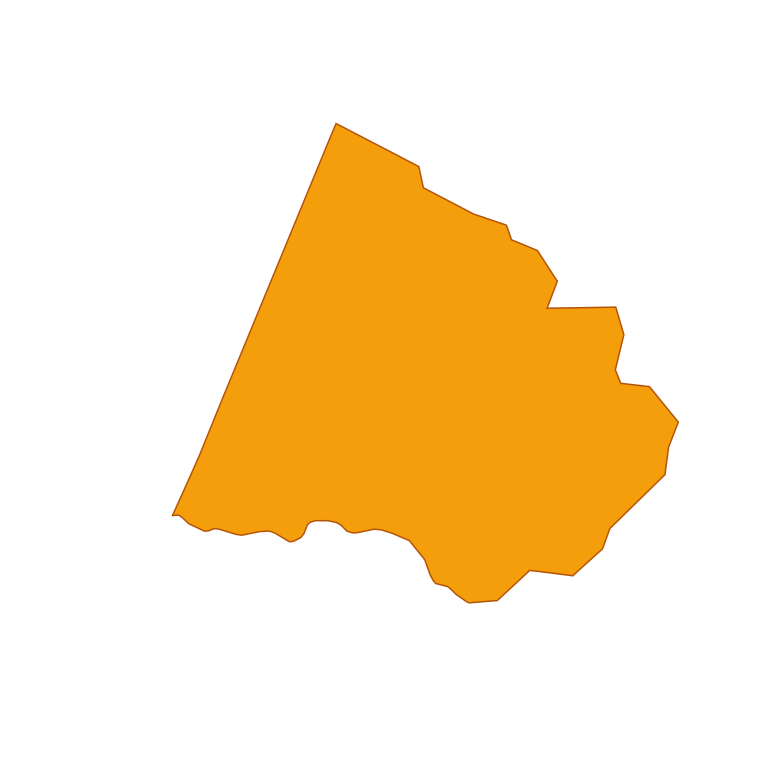 the district of Columbia, Georgia, United States of America, rotated 154°
{"feature_id": "52423323B94231025713709", "entity_name": "Columbia", "entity_type": "district", "adm_level": 2, "iso_a3": "USA", "parent_name": "United States of America", "parent_adm1": "Georgia", "projection": "natural_earth1", "projection_center": [-82.204, 33.528], "detail": "fine", "context": "isolated", "style": "filled", "palette": "amber", "viewbox_px": 768, "rotation_deg": 154, "n_neighbors": 0, "source": "geoboundaries", "source_scale": "gbopen_adm2", "svg_char_len": 1059}
<svg xmlns="http://www.w3.org/2000/svg" viewBox="0 0 768 768"><g transform="rotate(154 384 384)"><path d="M403.5,150.0L377.1,139.7L334.7,152.6L298.4,128.9L259.8,140.1L244.3,155.1L171.2,179.4L155.8,202.6L136.2,220.7L146.6,265.3L170.9,280.8L169.9,295.3L146.8,323.2L142.0,351.5L204.2,380.6L183.2,400.4L187.6,436.7L206.2,457.7L204.3,473.0L229.0,497.5L262.6,543.1L257.4,564.2L312.9,639.1L326.5,627.2L511.3,463.2L535.6,441.7L580.9,401.0L601.2,383.9L631.8,358.5L626.0,356.2L623.8,352.3L620.8,344.1L610.0,330.6L606.9,329.1L599.7,328.3L599.0,327.9L596.4,326.3L582.8,313.6L578.0,310.4L560.7,305.9L552.8,302.7L550.1,300.8L547.1,297.4L538.2,283.7L534.5,282.3L527.3,282.4L525.9,282.5L521.3,284.8L514.7,290.9L510.9,292.1L505.5,291.2L494.3,285.7L491.7,283.7L487.2,280.1L484.5,275.9L481.8,268.0L478.2,264.6L475.8,263.0L471.5,261.6L468.8,260.9L456.6,257.9L450.0,253.8L442.4,246.5L429.9,232.2L424.4,208.1L426.2,192.3L426.0,186.9L426.0,186.2L425.0,182.0L415.8,174.2L414.3,171.5L411.4,163.3L405.6,152.8L403.5,150.0Z" fill="#f59e0b" stroke="#b45309" stroke-width="1.5"/></g></svg>